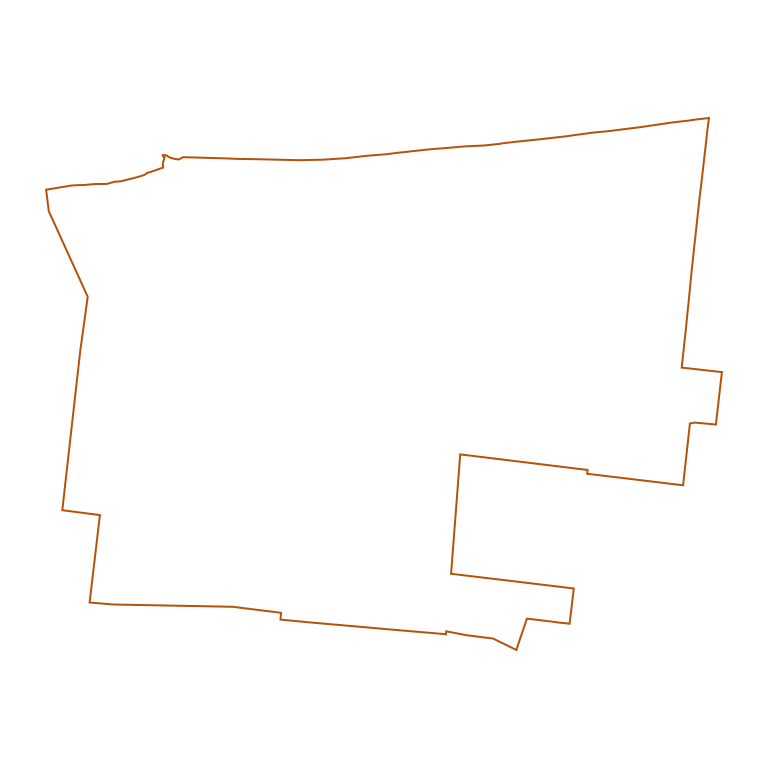 Telchac Puerto, Yucatán, Mexico
{"feature_id": "50627088B19629069707009", "entity_name": "Telchac Puerto", "entity_type": "district", "adm_level": 2, "iso_a3": "MEX", "parent_name": "Mexico", "parent_adm1": "Yucatán", "projection": "mercator", "projection_center": [-89.271, 21.31], "detail": "fine", "context": "isolated", "style": "outline", "palette": "amber", "viewbox_px": 768, "rotation_deg": 0, "n_neighbors": 0, "source": "geoboundaries", "source_scale": "gbopen_adm2", "svg_char_len": 1446}
<svg xmlns="http://www.w3.org/2000/svg" viewBox="0 0 768 768"><path d="M708.9,118.0L692.8,119.9L688.5,120.6L672.7,122.4L639.2,127.3L608.1,131.2L592.1,132.7L582.2,134.1L576.6,134.8L566.3,136.3L553.8,137.7L539.0,139.4L532.8,140.0L513.4,142.0L502.1,143.4L499.3,143.9L484.0,145.5L464.9,146.4L443.9,148.2L433.4,149.0L426.1,149.7L397.6,152.8L385.5,154.3L367.7,155.7L345.8,158.2L322.8,159.7L298.8,160.2L257.1,159.2L237.1,158.9L226.0,158.4L199.1,157.6L183.1,157.2L178.7,159.5L173.6,158.7L169.1,157.2L166.3,155.3L162.8,155.1L162.9,156.0L164.4,157.3L164.6,157.5L162.8,163.2L163.1,167.6L154.7,170.5L150.9,171.9L147.4,172.8L144.4,174.9L137.5,177.1L120.6,181.3L114.4,181.8L107.0,183.9L93.9,184.1L84.3,185.0L76.7,185.2L71.8,185.5L46.1,189.7L48.8,211.3L54.0,222.6L87.7,296.8L86.6,304.8L80.2,351.3L62.3,510.2L99.9,515.1L89.6,602.5L113.3,604.5L233.1,606.8L243.2,608.1L281.0,612.8L280.5,619.6L309.7,622.4L388.3,629.3L396.4,630.0L446.0,634.2L446.2,631.3L466.5,635.2L493.2,638.6L516.4,650.0L520.2,638.3L521.8,633.7L526.9,618.7L528.5,618.8L543.4,620.6L551.0,621.5L558.3,622.5L569.6,623.7L573.8,588.5L451.1,573.8L460.2,454.4L587.6,470.0L587.2,473.8L683.1,485.3L689.9,423.5L694.8,422.6L715.9,424.5L721.9,372.1L696.2,369.2L681.7,367.6L686.2,326.0L686.5,322.7L689.1,297.2L690.6,281.5L691.8,269.2L692.7,261.1L693.5,253.7L695.4,236.2L697.4,217.9L699.7,196.8L701.9,178.7L705.3,148.9L706.6,137.3L707.2,131.7L708.9,118.0Z" fill="none" stroke="#b45309" stroke-width="2"/></svg>